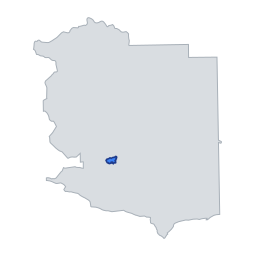 location of Al Qurashi, Gezira, Sudan, rotated 89°
{"feature_id": "16777658B73110650377423", "entity_name": "Al Qurashi", "entity_type": "district", "adm_level": 2, "iso_a3": "SDN", "parent_name": "Sudan", "parent_adm1": "Gezira", "projection": "mercator", "projection_center": [32.662, 14.291], "detail": "fine", "context": "in_parent", "style": "filled", "palette": "blue", "viewbox_px": 256, "rotation_deg": 89, "n_neighbors": 0, "source": "geoboundaries", "source_scale": "gbopen_adm2", "svg_char_len": 5117}
<svg xmlns="http://www.w3.org/2000/svg" viewBox="0 0 256 256"><g transform="rotate(89 128 128)"><path d="M179.1,210.5L176.6,210.5L176.3,209.9L176.4,208.3L176.7,207.0L177.6,205.1L177.3,204.1L177.5,202.5L176.8,200.8L170.9,195.9L169.7,194.5L166.5,193.2L167.1,191.8L165.8,181.6L166.4,180.4L166.6,178.7L166.6,177.1L167.4,174.5L167.5,173.4L161.1,173.3L161.1,174.4L161.3,175.7L161.3,176.2L152.5,176.2L156.1,180.2L156.2,182.0L156.0,184.2L156.1,185.6L156.3,186.5L157.2,188.3L157.2,188.6L156.9,189.0L150.7,194.3L149.7,196.8L148.8,198.1L147.0,200.3L141.3,206.0L140.4,206.3L136.1,206.5L135.6,206.7L135.3,206.9L135.1,206.9L131.4,203.5L125.2,199.5L121.0,201.6L119.9,202.4L119.9,204.3L119.3,205.3L118.2,206.4L115.1,207.0L113.5,207.6L111.6,208.7L109.8,210.5L109.6,211.5L109.8,212.3L99.3,212.3L98.6,211.6L97.1,208.6L96.0,208.8L86.4,208.4L85.0,208.8L82.3,210.0L80.9,210.2L79.5,209.6L74.4,203.7L73.4,203.0L72.2,201.6L71.1,201.0L70.8,200.5L70.7,199.9L70.7,198.6L70.3,197.8L69.5,197.6L62.7,199.0L61.8,198.8L60.3,199.1L59.9,199.3L59.3,200.1L59.2,201.7L59.0,202.5L58.5,203.4L56.6,205.4L56.1,206.3L56.2,208.5L56.1,209.6L55.8,210.1L55.0,211.0L54.7,211.5L54.3,214.3L53.3,216.0L53.0,216.6L52.9,217.8L52.8,218.2L49.7,219.2L48.6,219.8L47.9,220.7L47.7,221.1L46.4,220.8L44.7,220.6L41.5,220.3L40.2,219.8L39.6,219.1L39.8,217.4L39.5,217.1L39.0,216.8L38.6,216.0L38.7,215.1L40.4,213.2L40.7,212.1L41.2,207.1L41.1,205.6L39.7,202.9L36.6,198.0L35.9,197.1L32.0,193.1L31.6,192.6L30.7,190.9L31.7,187.2L31.8,186.2L31.5,185.2L30.5,184.4L29.6,184.3L28.5,183.3L27.8,182.8L27.1,182.0L26.6,180.8L27.0,176.4L26.7,175.9L25.8,175.7L25.5,175.4L25.6,174.6L25.0,172.1L24.4,170.0L24.8,168.9L23.9,167.4L22.4,166.7L19.3,167.2L18.3,167.1L17.7,166.8L17.2,166.3L17.0,165.6L17.2,164.6L18.1,162.7L19.2,161.2L21.4,159.8L22.0,159.1L22.3,158.3L22.4,157.3L22.2,156.3L22.0,155.4L21.3,154.2L20.7,152.8L20.7,151.9L21.0,151.2L21.6,150.4L23.8,148.7L26.0,147.4L26.4,146.9L26.3,146.4L25.2,145.3L24.9,143.1L24.3,141.6L25.5,140.5L26.3,140.1L27.6,139.7L28.2,139.3L28.3,138.4L28.3,137.5L28.7,136.9L29.4,135.5L29.9,134.9L31.6,133.3L32.0,132.2L32.1,131.2L31.6,128.2L32.6,126.9L33.9,125.8L35.7,125.9L38.6,125.7L40.5,125.2L41.9,125.3L45.0,125.8L45.4,125.6L45.5,124.8L45.5,66.1L58.5,66.2L58.7,37.8L141.1,37.8L141.8,37.7L143.1,35.0L143.7,34.9L144.5,35.0L144.8,35.6L144.1,37.8L216.0,37.8L216.2,41.0L216.8,43.6L218.8,47.3L220.5,49.3L221.2,50.4L221.2,50.9L221.1,51.4L220.6,50.9L219.7,50.5L219.6,52.2L220.0,55.8L220.7,58.2L220.2,60.5L220.3,64.4L221.2,69.0L221.0,72.0L222.5,78.8L224.0,82.6L224.8,83.6L225.7,84.1L227.4,84.4L229.9,86.3L231.9,88.4L232.7,89.4L233.6,90.6L234.3,90.4L234.7,90.1L235.4,91.0L238.6,93.1L239.0,94.0L237.9,94.9L236.6,96.5L235.9,98.0L235.6,98.5L234.5,99.4L234.3,99.8L233.9,100.1L233.4,100.1L232.3,100.7L231.3,100.5L230.3,100.8L229.9,101.1L229.2,101.4L228.1,101.6L226.4,102.8L225.0,103.5L224.5,104.0L223.7,106.4L223.2,107.1L221.0,107.2L220.0,107.4L218.6,107.1L217.9,107.1L217.7,107.7L217.4,109.8L217.5,110.7L216.3,113.1L216.6,117.7L215.4,121.1L215.3,121.8L214.1,124.5L213.5,125.5L212.0,130.5L211.4,132.0L210.2,133.7L211.4,145.6L210.4,149.3L210.4,151.3L209.7,154.2L209.1,155.6L208.1,157.2L207.3,159.1L206.6,161.5L206.2,166.0L205.9,166.5L202.1,167.0L200.9,167.3L200.1,167.9L199.2,169.0L197.2,172.2L196.2,174.2L194.6,176.9L192.8,178.8L192.4,179.7L192.1,181.4L191.4,184.1L190.8,186.1L190.9,187.6L190.3,190.3L190.4,191.6L189.7,192.4L188.8,193.0L188.3,193.2L185.6,191.4L183.8,192.7L182.6,194.4L181.7,196.2L182.2,199.9L182.2,200.7L181.9,201.6L180.2,205.2L179.6,206.9L179.1,209.8L179.1,210.5Z" fill="#d9dde1" stroke="#a8b0b8" stroke-width="1"/><path d="M160.4,150.4L160.7,150.2L160.9,150.1L161.3,150.0L162.4,149.3L162.5,149.0L162.8,148.4L162.5,148.3L162.6,148.2L162.8,148.0L163.0,148.0L163.1,147.8L163.1,147.6L163.1,147.4L163.3,147.3L163.3,147.1L162.9,146.6L163.1,146.5L163.1,145.9L163.0,145.7L162.9,145.5L162.8,145.4L162.7,145.5L162.6,145.4L162.3,145.2L162.2,145.2L162.4,144.9L162.3,144.7L162.5,144.7L162.4,144.1L162.1,144.1L162.1,144.3L162.0,144.5L161.8,144.6L161.7,144.6L161.6,144.4L161.5,144.2L161.2,144.1L161.5,144.1L161.8,144.0L162.4,144.0L162.5,144.1L162.9,144.1L163.0,143.9L163.3,143.6L163.5,143.4L163.0,143.0L162.9,142.8L162.7,142.6L162.5,142.4L162.6,141.9L162.5,141.5L162.7,141.4L162.5,140.9L162.4,140.9L161.8,140.9L161.8,141.3L161.5,141.3L160.7,141.1L160.3,141.2L160.2,141.3L160.1,141.0L160.0,140.9L159.6,141.3L159.7,141.1L159.5,140.9L159.3,140.7L159.1,140.6L158.8,140.3L158.7,140.4L158.6,140.5L158.5,140.4L158.3,140.3L157.8,140.3L157.6,140.3L157.8,140.0L157.6,139.9L157.4,139.9L157.0,139.8L156.7,139.9L156.7,140.0L156.4,140.1L156.3,140.3L156.2,140.5L156.2,140.8L156.2,141.0L156.3,141.2L156.4,141.3L156.7,141.5L156.9,141.9L157.0,142.0L157.1,142.3L157.2,142.7L157.1,142.8L157.2,143.1L157.1,143.4L157.1,143.5L157.3,143.8L157.4,144.1L157.6,144.5L157.8,144.9L157.8,145.0L158.1,145.3L158.0,145.6L157.8,145.8L157.7,146.0L157.5,146.4L157.6,146.8L157.9,147.1L158.1,147.4L158.2,147.7L158.2,147.8L158.3,147.9L158.7,148.7L158.6,149.0L158.7,149.5L158.9,149.8L159.3,150.1L159.5,150.0L159.6,150.3L159.9,150.5L160.0,150.4L160.4,150.4Z" fill="#3b82f6" stroke="#1e3a8a" stroke-width="1.5"/></g></svg>